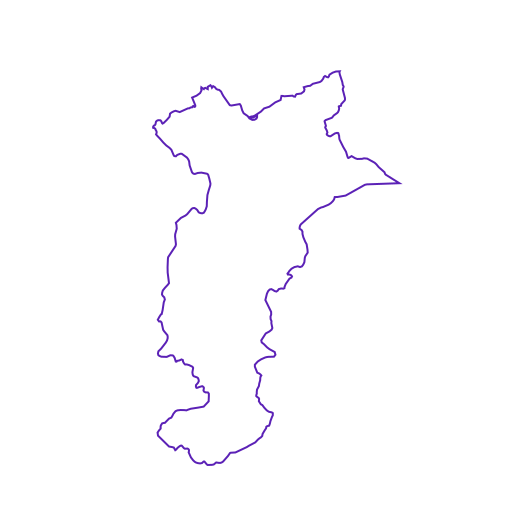 map outline of Pakistan (Equal Earth projection), rotated 157°
{"feature_id": "PAK", "entity_name": "Pakistan", "entity_type": "country or territory", "adm_level": 0, "iso_a3": "PAK", "parent_name": "Asia", "parent_adm1": "", "projection": "equal_earth", "projection_center": [69.806, 30.395], "detail": "fine", "context": "isolated", "style": "outline", "palette": "violet", "viewbox_px": 512, "rotation_deg": 157, "n_neighbors": 0, "source": "natural_earth", "source_scale": "50m", "svg_char_len": 6128}
<svg xmlns="http://www.w3.org/2000/svg" viewBox="0 0 512 512"><g transform="rotate(157 256 256)"><path d="M410.5,114.6L416.4,128.9L415.6,131.9L413.5,133.3L411.4,134.3L410.9,134.9L410.8,135.7L409.8,137.2L407.8,138.6L406.2,138.4L405.1,138.0L399.6,140.3L397.1,140.3L395.1,141.8L393.6,143.1L390.7,144.6L388.6,144.6L385.6,143.7L381.9,142.0L380.4,141.1L379.0,141.1L375.8,140.9L368.7,139.1L363.0,137.8L356.4,140.7L354.3,145.1L353.6,146.7L353.2,147.8L353.6,149.2L355.8,150.2L356.8,151.5L356.9,152.7L355.5,154.9L355.5,155.7L355.9,156.6L356.4,157.2L359.6,157.6L361.5,157.6L362.3,157.9L362.4,159.1L361.7,160.6L359.0,161.9L357.5,163.2L357.1,165.0L357.1,166.3L357.7,167.3L360.2,169.6L360.6,170.5L360.5,171.9L360.0,173.8L357.6,177.5L357.6,178.0L357.8,178.9L360.3,181.8L362.2,183.3L363.4,183.7L363.8,184.0L364.3,185.7L364.4,187.5L364.0,188.8L365.0,189.9L367.5,189.8L369.6,190.3L370.4,189.8L371.1,190.2L370.7,194.1L371.1,196.5L371.6,197.1L373.7,198.1L377.6,198.0L382.5,200.3L383.9,201.7L384.6,202.8L384.4,204.5L383.1,206.4L379.5,207.8L372.9,211.5L370.9,213.0L369.4,214.9L368.8,216.3L368.5,217.7L370.0,222.7L370.3,224.3L368.9,231.7L369.4,233.1L370.8,233.6L371.3,235.7L368.8,237.7L366.3,239.4L365.5,239.4L363.1,242.7L359.0,249.4L356.9,251.6L356.6,253.8L357.4,255.7L357.6,257.3L356.7,258.9L355.2,260.7L352.2,262.3L348.4,264.0L346.7,265.0L343.8,275.2L341.8,280.2L338.3,287.6L337.4,289.2L326.1,296.7L325.1,298.1L322.9,305.5L321.9,307.6L318.3,312.1L317.1,315.6L316.8,317.9L310.2,320.4L305.1,320.8L303.0,321.4L296.7,324.6L295.1,324.7L293.9,324.2L293.0,323.1L292.1,321.3L291.7,318.6L290.5,317.3L288.9,316.3L287.2,316.2L285.4,317.4L283.9,318.7L281.9,321.0L280.0,325.1L276.9,331.1L273.4,335.5L271.4,337.8L270.3,339.2L269.6,340.6L268.8,345.2L268.3,349.2L268.5,350.2L269.0,350.9L273.7,354.1L277.2,355.2L280.2,355.4L281.4,356.2L282.0,357.3L282.2,358.3L281.7,365.3L280.6,369.2L280.6,371.4L281.1,373.6L284.4,379.1L285.7,379.7L288.2,379.8L289.4,379.7L290.7,379.1L291.6,379.5L292.3,380.2L292.4,381.3L292.4,386.9L293.4,389.4L295.4,392.8L297.0,396.7L298.5,401.4L299.9,405.1L300.5,407.0L299.6,407.9L299.0,408.9L298.9,410.2L299.1,411.5L299.0,412.5L299.7,413.7L300.5,414.0L300.4,414.9L299.2,415.9L298.1,415.9L297.2,416.4L295.6,418.7L294.8,419.1L293.7,419.3L292.6,419.1L290.9,418.2L290.5,416.8L290.6,415.3L290.3,414.4L289.1,414.5L285.0,416.1L281.1,418.0L279.5,420.6L277.7,421.1L275.1,421.3L273.3,421.1L270.0,418.3L261.0,418.5L259.6,418.0L258.3,418.3L256.5,417.8L255.8,418.5L255.1,418.6L254.5,417.4L254.1,417.2L253.6,417.4L253.2,417.8L253.0,418.6L252.9,426.8L248.1,426.8L243.8,427.8L241.4,429.8L241.1,431.4L240.4,432.6L239.4,430.8L238.8,430.0L238.1,430.6L237.0,430.6L235.2,428.5L234.3,430.6L231.2,431.0L230.8,429.5L230.8,428.1L229.1,429.1L227.9,427.5L227.3,425.3L226.3,424.1L225.0,423.3L223.9,421.0L223.8,418.6L223.5,415.8L221.2,405.1L219.8,404.1L211.6,402.2L211.2,400.4L211.8,395.4L211.6,392.2L209.0,388.1L208.3,385.2L206.2,382.7L204.1,382.0L201.9,382.3L200.8,383.3L200.1,384.9L204.7,384.6L205.8,385.2L207.0,386.3L205.7,386.2L204.1,385.7L202.2,385.7L195.1,387.0L190.9,388.7L185.3,388.2L178.2,389.9L172.4,390.0L170.0,393.4L168.7,392.8L167.6,392.0L159.7,389.3L159.1,388.2L157.8,387.4L156.3,388.8L155.3,389.1L150.9,387.9L147.5,388.8L146.3,390.3L146.1,392.7L142.0,392.2L139.6,391.5L136.4,392.3L129.3,391.2L127.4,391.5L124.8,393.0L123.6,394.3L122.1,394.7L120.8,393.0L119.8,392.3L118.8,392.8L117.5,394.2L113.8,394.8L110.4,394.6L106.8,393.3L107.3,392.9L107.9,390.6L108.6,382.4L109.3,379.5L109.1,377.9L109.3,377.4L110.7,376.0L111.1,375.4L112.4,366.6L113.1,365.0L113.7,364.5L118.2,362.5L119.0,361.1L121.3,361.4L121.5,361.1L121.7,359.5L122.8,357.8L124.3,356.4L125.4,355.9L129.5,355.0L131.8,353.7L132.5,353.6L138.8,353.9L140.1,353.4L140.3,353.0L140.8,348.4L141.9,347.6L142.1,347.2L141.8,344.0L142.0,341.8L143.3,340.6L143.3,339.8L142.4,338.3L141.2,337.3L140.6,337.1L135.5,338.0L133.4,337.7L132.4,337.2L132.2,336.7L132.4,335.8L132.5,334.3L133.3,331.9L133.6,330.5L133.1,322.3L132.4,316.8L133.0,311.5L132.9,310.3L132.7,310.1L132.1,310.1L129.0,310.6L126.4,307.1L124.8,305.7L120.4,304.0L118.4,303.7L115.6,302.2L110.4,295.6L109.4,293.5L108.3,289.8L105.0,282.9L105.1,281.1L104.7,280.0L95.6,267.0L125.9,278.6L128.0,279.0L149.9,276.6L158.0,278.5L160.5,279.5L162.0,277.6L163.9,276.4L166.5,275.4L169.1,274.9L175.2,274.9L177.1,275.2L180.6,275.0L202.4,267.6L203.5,266.8L204.6,265.4L205.2,264.1L203.9,262.1L203.7,260.3L204.6,258.1L205.1,254.7L205.1,249.8L204.8,247.0L206.1,241.8L207.1,238.9L210.5,236.7L211.1,236.1L211.7,235.4L213.9,231.4L215.9,229.6L217.8,228.5L219.8,228.6L221.6,230.2L225.0,230.8L228.3,230.4L231.1,229.2L232.4,228.3L233.9,227.5L233.9,226.5L232.2,225.7L231.2,224.6L230.8,223.2L231.8,222.3L234.0,222.1L239.6,218.6L241.8,216.4L242.4,215.3L243.5,215.2L245.6,216.3L248.0,216.6L249.6,215.6L251.1,215.3L252.6,216.5L253.4,217.8L254.8,219.5L256.5,219.8L258.6,218.9L260.7,217.0L264.6,211.8L263.9,198.7L264.9,196.2L266.3,194.6L267.2,192.2L267.2,190.0L268.1,188.2L269.1,183.3L270.4,182.1L273.1,181.3L277.3,180.9L284.1,176.3L284.5,174.2L283.2,171.9L281.5,167.6L280.0,165.0L276.3,160.3L276.7,157.5L278.8,156.3L283.9,158.3L285.3,158.7L287.1,159.0L291.7,158.9L295.6,158.2L299.5,156.4L300.3,154.5L300.4,148.1L298.9,146.5L298.1,145.0L297.8,143.9L298.8,143.3L299.7,142.1L300.7,140.0L302.8,137.4L304.2,135.1L307.3,132.6L308.5,130.4L309.0,129.1L310.1,127.8L310.5,127.0L310.2,126.2L309.0,124.2L309.0,123.2L310.1,121.2L309.5,117.6L308.4,116.3L307.7,113.3L306.6,110.2L306.0,109.0L304.9,107.5L302.6,105.9L301.9,104.8L302.8,102.8L304.3,101.5L307.2,98.4L308.8,96.2L310.2,94.7L312.1,95.0L313.2,94.8L314.1,93.4L316.0,92.2L319.4,89.7L320.6,87.9L322.4,87.1L323.8,86.9L325.9,86.3L329.5,84.7L336.7,84.1L339.1,83.7L351.7,83.2L356.2,84.8L356.9,84.8L359.9,82.9L366.5,79.7L367.7,79.4L369.4,79.4L370.9,80.0L373.3,81.5L376.4,80.6L378.2,81.0L382.1,82.5L382.7,83.3L383.8,87.0L384.5,87.3L386.6,86.5L388.5,86.9L390.5,88.1L391.9,89.3L392.8,90.5L393.7,92.5L394.6,96.1L394.7,101.6L394.0,102.5L393.5,103.6L393.7,104.7L394.3,105.5L396.8,106.4L397.4,107.2L398.4,110.3L399.0,110.8L400.4,110.8L403.0,110.1L405.2,109.0L406.2,108.8L406.5,111.8L407.9,112.9L410.5,114.6Z" fill="none" stroke="#5b21b6" stroke-width="2"/></g></svg>